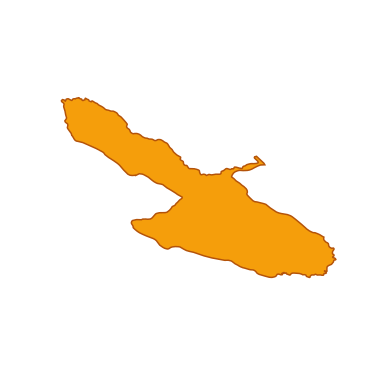 the district of La Pintada, Antioquia, Colombia, rotated 119°
{"feature_id": "7082276B54917779252174", "entity_name": "La Pintada", "entity_type": "district", "adm_level": 2, "iso_a3": "COL", "parent_name": "Colombia", "parent_adm1": "Antioquia", "projection": "equal_earth", "projection_center": [-75.609, 5.74], "detail": "fine", "context": "isolated", "style": "filled", "palette": "amber", "viewbox_px": 384, "rotation_deg": 119, "n_neighbors": 0, "source": "geoboundaries", "source_scale": "gbopen_adm2", "svg_char_len": 6022}
<svg xmlns="http://www.w3.org/2000/svg" viewBox="0 0 384 384"><g transform="rotate(119 192 192)"><path d="M167.5,54.8L167.6,55.9L167.4,59.7L167.6,62.0L168.0,64.7L168.8,66.3L169.0,67.8L169.1,70.5L168.7,74.1L168.4,75.0L167.2,80.4L165.7,88.3L165.1,92.2L165.0,94.2L165.5,97.6L167.6,103.6L168.2,105.8L168.6,108.4L168.0,115.8L167.0,121.4L167.4,123.6L168.9,129.2L169.2,130.3L170.0,132.3L170.1,133.4L170.1,134.5L168.9,139.0L168.0,141.8L167.5,142.7L167.1,143.2L165.5,143.4L164.5,144.0L163.7,144.8L162.9,146.2L162.1,149.3L161.9,151.5L161.2,154.6L160.9,158.8L160.0,161.8L159.6,164.7L157.9,165.1L155.3,164.9L153.3,164.0L151.2,162.3L149.9,160.7L148.4,157.5L146.4,154.2L144.9,152.4L142.9,150.7L140.3,149.1L137.4,147.1L135.2,145.2L132.9,141.5L132.0,143.0L129.5,152.9L130.9,154.3L131.8,154.1L132.1,153.6L133.1,149.8L133.4,149.1L134.1,148.4L134.5,148.4L135.7,149.4L137.2,151.6L138.6,154.2L139.8,155.6L141.5,157.3L143.5,158.3L144.5,159.4L144.9,159.6L145.4,159.7L146.7,159.5L147.2,159.7L148.1,162.0L148.7,164.7L149.0,165.7L149.5,166.7L149.7,166.9L150.0,167.0L151.3,166.9L151.6,167.0L152.4,168.5L153.1,168.9L153.7,169.4L153.9,169.8L154.5,172.7L154.7,173.1L155.2,173.6L158.0,174.8L159.7,176.2L160.1,176.3L161.6,175.7L162.1,175.7L162.6,176.0L163.1,176.5L164.9,179.8L167.5,183.1L167.8,183.9L168.4,185.7L169.0,186.2L170.5,187.3L170.6,187.6L170.3,188.3L170.3,188.8L170.6,190.0L170.9,190.6L172.4,192.2L172.5,192.8L172.2,193.5L171.1,194.9L170.0,195.7L169.7,196.2L169.6,196.9L169.9,198.9L170.6,201.3L172.1,204.3L172.8,205.5L172.8,206.4L172.6,206.9L171.4,209.1L171.4,209.6L171.9,210.6L172.1,211.7L171.4,213.1L170.1,214.0L169.7,214.4L169.5,215.1L169.5,217.2L169.4,217.7L169.2,218.1L168.8,218.4L167.7,218.4L167.0,219.0L167.0,219.5L167.0,222.7L166.8,224.0L166.1,227.0L165.8,227.8L164.5,230.1L163.8,233.1L162.0,236.2L161.7,236.9L161.5,237.7L161.7,240.2L161.4,242.4L161.4,244.5L161.7,245.5L162.5,247.0L163.0,247.5L164.4,248.4L165.0,249.3L165.1,249.9L165.1,252.0L165.2,252.6L166.5,255.3L166.7,257.3L167.3,258.6L167.6,259.8L167.7,262.3L167.2,264.4L167.1,266.3L167.3,267.4L167.5,268.4L168.0,269.4L168.7,270.6L169.4,271.4L169.7,272.4L169.7,273.3L169.5,274.7L168.9,275.5L168.4,276.0L167.7,277.2L167.4,279.6L166.9,280.6L166.1,281.1L164.1,281.5L163.4,283.0L162.4,285.6L161.2,289.1L160.7,290.8L160.6,293.5L159.5,295.5L159.3,296.4L159.3,298.2L159.4,299.7L159.7,300.5L160.6,302.2L160.9,304.4L161.6,306.6L161.7,307.3L161.7,308.0L161.3,309.6L161.1,310.9L161.0,312.7L161.1,314.3L161.1,316.0L160.7,317.5L160.6,318.1L160.9,319.5L160.7,322.7L160.8,323.6L161.6,323.7L162.0,324.0L162.2,325.8L162.2,326.2L161.6,326.9L161.5,327.3L161.5,327.8L161.7,328.6L161.6,330.1L161.7,330.7L162.0,330.8L163.4,330.4L163.9,331.1L164.7,331.5L164.9,331.8L165.0,332.5L164.3,333.5L164.3,333.9L164.7,334.8L164.6,335.5L164.8,336.1L164.7,336.4L164.4,336.5L164.5,336.9L165.8,338.2L166.1,338.7L167.0,339.1L167.6,340.4L168.6,341.3L169.0,341.4L170.0,341.4L170.2,341.5L170.4,342.4L170.4,344.9L170.5,345.5L170.8,346.0L171.2,346.5L171.9,347.0L173.8,346.8L174.0,347.0L173.6,347.8L173.5,348.3L173.9,350.0L174.9,350.4L175.4,350.5L175.9,350.1L176.2,349.6L176.5,347.6L176.9,346.8L177.2,346.5L179.0,345.9L179.7,345.5L182.9,342.2L185.5,340.1L187.9,337.7L188.9,337.4L191.4,337.7L191.6,337.5L192.1,337.0L192.4,336.2L192.7,334.3L192.8,333.8L193.7,333.0L196.2,332.2L196.8,331.4L199.4,325.9L200.8,324.6L201.0,323.8L203.0,320.4L203.5,319.1L203.5,317.8L202.9,315.9L201.7,311.5L200.4,296.8L200.3,289.6L200.5,288.2L201.5,286.2L202.2,281.8L202.6,275.5L203.1,271.0L203.7,268.3L205.9,262.4L207.5,256.8L207.4,254.4L206.6,252.4L205.2,250.2L204.7,249.7L204.9,249.3L201.6,247.0L200.4,244.0L200.2,242.2L200.2,237.3L201.0,233.1L201.4,230.2L201.4,227.5L201.2,226.2L200.0,222.6L199.7,221.0L200.5,216.0L200.6,211.1L200.9,205.7L201.2,203.6L201.2,198.2L201.9,197.8L202.5,197.8L205.1,199.0L208.2,199.7L209.7,200.3L211.5,200.4L212.4,200.8L214.3,202.2L216.5,202.3L218.8,202.8L221.7,204.0L223.0,205.4L225.9,210.4L227.7,212.4L228.8,213.2L233.9,214.3L235.3,215.0L236.0,215.6L237.3,217.5L238.1,219.4L239.7,222.1L240.8,222.8L243.0,227.1L245.8,230.2L246.9,230.5L248.4,230.1L249.0,229.5L250.0,227.7L250.8,226.7L251.4,226.1L251.7,226.1L252.3,224.0L252.9,220.8L253.1,218.1L252.9,214.4L252.5,210.3L251.5,203.3L251.5,201.3L251.8,199.6L254.1,194.5L254.5,190.9L254.5,188.8L254.2,187.4L253.8,185.9L253.1,185.0L252.2,184.4L250.9,183.8L249.5,182.5L247.8,180.1L246.4,177.3L245.9,175.9L246.0,171.3L245.9,168.6L245.2,165.5L244.0,161.5L242.0,150.4L240.0,142.6L237.9,136.3L235.9,130.3L234.1,127.2L233.6,125.5L233.3,124.4L233.3,123.4L233.9,119.6L233.8,116.5L233.9,115.3L233.9,113.5L233.5,110.5L233.2,109.7L232.0,104.3L231.7,103.3L230.6,100.9L230.4,100.1L230.4,98.8L230.7,97.5L231.4,95.9L231.5,95.1L231.5,93.4L230.1,87.1L229.1,83.1L228.5,81.8L227.8,80.5L226.4,78.9L225.5,78.1L224.6,77.7L222.8,77.6L222.0,76.8L221.7,76.0L221.3,74.0L220.5,73.0L220.1,73.2L219.7,73.9L219.2,73.6L218.8,72.2L218.5,72.1L218.5,72.3L218.5,73.1L218.2,73.0L218.1,72.5L217.8,72.3L217.9,71.4L217.8,71.0L217.4,70.8L217.2,70.6L217.3,70.0L217.7,69.7L217.8,69.5L217.3,66.4L216.9,65.9L216.1,65.8L215.0,65.5L214.2,64.7L213.5,63.6L211.2,58.6L210.7,56.3L210.7,55.0L209.8,53.6L209.6,52.9L209.5,52.2L209.7,51.7L210.3,51.0L210.3,50.7L210.2,50.2L209.9,48.2L209.7,47.7L209.4,47.5L208.4,47.8L207.0,47.4L206.3,46.9L205.9,45.9L205.3,45.0L204.1,44.2L204.0,43.8L203.9,42.2L202.4,39.7L201.8,38.0L201.3,37.0L200.9,36.7L199.3,36.9L198.3,35.5L197.6,35.3L197.2,35.8L197.1,37.2L196.9,37.8L196.7,37.8L196.4,36.3L196.2,35.8L196.0,35.6L195.7,35.6L194.8,36.3L193.7,36.8L192.6,37.4L191.4,37.5L189.7,36.6L188.0,35.2L187.5,34.9L184.7,34.4L183.2,34.8L182.5,34.5L181.9,33.7L181.5,33.5L181.2,33.5L180.9,34.1L180.7,34.6L180.7,35.7L181.0,36.7L181.0,37.0L180.7,37.4L180.1,37.4L179.4,37.0L178.7,37.0L178.2,37.4L178.0,37.8L178.1,38.6L178.0,38.9L177.4,39.6L175.8,40.2L173.4,40.0L172.6,40.5L172.5,41.3L172.7,41.6L173.5,42.2L173.6,44.4L173.4,45.3L172.9,46.2L171.3,47.5L171.0,47.9L170.8,49.1L170.9,50.5L170.7,51.3L170.2,52.8L169.9,53.4L169.5,53.9L169.2,54.1L167.5,54.8Z" fill="#f59e0b" stroke="#b45309" stroke-width="1.5"/></g></svg>